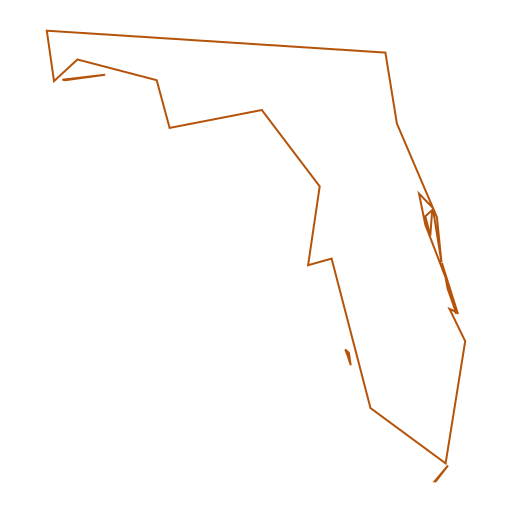 the border of Florida
{"feature_id": "USA-3542", "entity_name": "Florida", "entity_type": "State", "adm_level": 1, "iso_a3": "USA", "parent_name": "United States of America", "parent_adm1": "", "projection": "equal_earth", "projection_center": [-82.742, 27.771], "detail": "coarse", "context": "isolated", "style": "outline", "palette": "amber", "viewbox_px": 512, "rotation_deg": 0, "n_neighbors": 0, "source": "natural_earth", "source_scale": "10m", "svg_char_len": 679}
<svg xmlns="http://www.w3.org/2000/svg" viewBox="0 0 512 512"><path d="M54.0,81.1L46.8,30.7L385.4,52.6L396.9,123.6L436.9,217.2L441.5,262.4L432.8,207.8L419.0,193.6L425.3,224.6L445.5,277.3L447.6,288.6L456.0,312.4L456.1,313.6L455.0,311.4L449.5,308.9L465.2,341.2L445.6,463.4L370.5,408.1L331.6,258.6L308.1,265.2L319.7,186.4L261.8,110.0L169.6,127.9L156.7,80.2L77.4,59.5L54.0,81.1ZM425.3,216.3L432.2,210.1L430.3,235.6L425.3,216.3ZM434.7,481.3L448.0,465.5L435.8,481.3L434.7,481.3ZM62.4,79.7L105.2,74.7L65.4,80.2L62.4,79.7ZM450.6,295.9L441.9,263.0L458.0,314.1L450.6,295.9ZM350.7,365.2L347.9,356.3L345.3,349.5L348.9,353.0L350.7,365.2Z" fill="none" stroke="#b45309" stroke-width="2"/></svg>